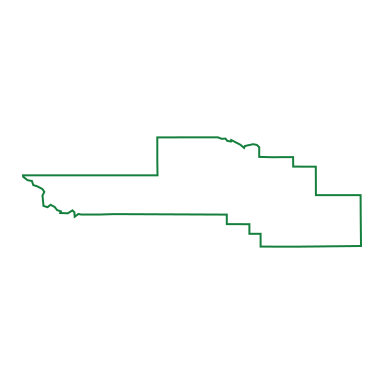 Pondera, Montana, United States of America
{"feature_id": "52423323B52290427367447", "entity_name": "Pondera", "entity_type": "district", "adm_level": 2, "iso_a3": "USA", "parent_name": "United States of America", "parent_adm1": "Montana", "projection": "robinson", "projection_center": [-112.508, 48.234], "detail": "fine", "context": "isolated", "style": "outline", "palette": "green", "viewbox_px": 384, "rotation_deg": 0, "n_neighbors": 0, "source": "geoboundaries", "source_scale": "gbopen_adm2", "svg_char_len": 800}
<svg xmlns="http://www.w3.org/2000/svg" viewBox="0 0 384 384"><path d="M81.1,214.5L100.9,214.5L113.8,214.1L226.8,214.6L226.8,224.1L249.4,224.2L249.4,233.8L260.6,233.8L260.6,246.6L294.5,246.7L361.0,246.0L360.7,214.3L360.6,195.1L315.9,195.1L315.9,188.8L315.8,166.7L293.2,166.6L293.1,157.1L271.4,157.2L259.2,156.9L259.2,147.2L256.8,144.9L253.1,144.2L244.9,146.0L244.1,147.9L240.3,144.7L231.2,140.0L230.9,141.5L227.3,140.9L225.5,138.6L221.6,138.8L217.8,137.3L157.3,137.4L157.3,161.0L157.5,175.3L156.6,175.3L23.0,175.3L23.2,176.8L27.6,180.2L31.9,181.0L33.3,185.1L37.2,186.3L42.5,189.1L44.3,191.9L42.5,195.5L43.5,205.9L47.5,207.2L50.6,204.8L54.7,207.0L57.1,210.1L60.9,211.4L60.2,213.0L67.8,213.3L72.5,210.4L74.4,212.4L74.7,216.7L78.4,214.0L81.1,214.5Z" fill="none" stroke="#15803d" stroke-width="2"/></svg>